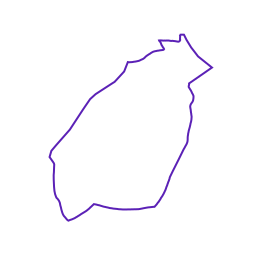 the district of Sirwah, Ma'rib, Yemen, rotated 100°
{"feature_id": "15242507B46939016303647", "entity_name": "Sirwah", "entity_type": "district", "adm_level": 2, "iso_a3": "YEM", "parent_name": "Yemen", "parent_adm1": "Ma'rib", "projection": "equal_earth", "projection_center": [45.022, 15.441], "detail": "fine", "context": "isolated", "style": "outline", "palette": "violet", "viewbox_px": 256, "rotation_deg": 100, "n_neighbors": 0, "source": "geoboundaries", "source_scale": "gbopen_adm2", "svg_char_len": 4116}
<svg xmlns="http://www.w3.org/2000/svg" viewBox="0 0 256 256"><g transform="rotate(100 128 128)"><path d="M63.1,139.6L63.7,139.7L72.0,141.4L73.0,141.6L84.9,149.2L86.5,151.0L91.8,156.7L100.3,165.8L106.1,170.3L114.0,173.9L117.8,175.6L139.7,185.0L157.6,195.9L163.8,199.5L164.7,199.6L170.2,200.2L174.6,195.8L175.7,194.8L176.8,194.3L179.3,194.0L184.3,193.3L187.4,193.0L191.7,192.2L198.8,190.6L202.8,189.5L205.8,188.3L208.1,187.0L209.0,186.4L209.3,186.1L209.8,185.3L210.5,184.5L211.2,183.8L211.5,183.5L212.0,183.1L212.8,182.6L213.6,182.1L214.4,181.8L215.2,181.5L216.0,181.2L216.8,180.8L217.6,180.4L218.5,180.0L219.3,179.7L220.2,179.3L221.0,178.9L221.8,178.5L222.6,178.1L223.3,177.7L224.1,177.2L224.9,176.6L225.6,176.0L226.2,175.3L226.8,174.5L227.4,173.8L228.0,173.1L228.7,172.3L229.2,171.5L229.6,170.6L229.5,170.4L228.9,169.6L228.4,168.7L227.9,167.7L227.4,166.9L226.8,166.0L226.2,165.1L225.4,164.1L224.7,163.4L224.2,162.7L223.5,162.0L222.9,161.3L222.2,160.5L221.5,159.8L220.8,159.1L220.2,158.4L219.5,157.6L218.8,156.8L218.1,156.0L217.3,155.1L216.6,154.4L215.8,153.7L215.1,153.1L214.3,152.4L213.5,151.8L212.7,151.3L211.9,150.6L211.2,150.1L210.4,149.5L209.6,148.9L208.9,148.4L208.9,147.3L208.9,146.1L209.0,144.9L209.1,143.7L209.1,142.7L209.3,141.5L209.4,140.5L209.6,139.1L209.7,137.8L209.7,136.6L209.8,135.5L209.8,134.4L209.9,133.1L210.0,131.9L209.9,130.6L209.9,129.5L209.9,128.2L209.8,127.1L209.7,125.8L209.6,124.6L209.6,123.4L209.5,122.3L209.3,120.8L209.2,119.6L209.0,118.2L208.8,117.1L208.6,116.0L208.4,114.9L208.1,113.6L207.9,112.5L207.7,111.2L207.4,110.1L207.2,108.9L207.0,107.9L206.9,107.4L206.8,106.7L206.5,105.4L206.3,104.3L206.0,103.2L205.7,102.3L205.3,101.3L204.9,100.2L204.4,99.0L204.0,97.9L203.5,96.6L203.1,95.5L202.7,94.4L202.4,93.3L202.1,92.2L201.8,91.2L201.4,89.9L201.1,88.8L201.0,88.2L200.8,88.1L200.0,87.6L199.2,87.1L198.4,86.6L197.6,86.2L196.9,85.9L196.1,85.5L195.4,85.0L194.6,84.7L193.7,84.3L192.8,83.9L192.0,83.6L191.2,83.4L190.4,83.0L189.5,82.6L188.6,82.2L187.9,82.0L186.9,81.6L186.1,81.4L185.2,81.1L184.4,80.9L183.6,80.7L182.7,80.4L181.9,80.3L181.1,80.1L180.2,80.0L179.4,79.9L178.6,79.7L177.8,79.5L177.0,79.4L176.2,79.3L175.3,79.1L174.4,79.0L173.6,78.8L172.7,78.6L171.8,78.5L170.9,78.3L169.8,78.3L169.0,78.2L163.0,76.5L159.0,75.3L150.0,72.6L139.3,69.5L138.3,69.1L137.4,68.8L136.5,68.5L135.6,68.2L134.8,67.9L134.0,67.6L133.1,67.4L132.2,67.2L131.2,67.1L130.3,67.1L129.4,67.2L128.4,67.3L127.6,67.5L126.6,67.6L125.6,67.7L124.8,67.7L124.0,67.7L122.9,67.8L121.9,67.7L120.9,67.7L120.0,67.7L119.1,67.6L118.1,67.5L117.2,67.4L116.2,67.3L115.3,67.3L114.4,67.2L113.6,67.2L112.8,67.2L111.8,67.1L110.8,67.0L109.8,67.0L108.8,67.0L107.9,67.1L106.8,67.2L105.9,67.3L104.9,67.6L104.1,67.9L103.0,68.2L102.0,68.6L101.2,68.8L100.4,69.1L99.5,69.3L98.7,69.6L98.0,69.9L97.8,69.9L96.8,70.3L96.0,70.5L94.9,70.5L93.8,70.3L93.0,70.0L92.2,69.6L91.4,69.2L90.5,68.9L89.7,68.7L88.6,68.7L87.8,68.7L86.7,68.8L85.8,68.9L84.8,69.2L83.9,69.8L83.1,70.4L82.3,71.1L81.6,71.5L80.8,72.1L80.0,72.7L79.4,73.3L78.6,74.0L77.8,74.7L77.1,75.3L76.2,75.5L75.3,75.4L74.3,75.4L73.5,75.6L53.9,55.8L45.3,71.5L41.6,75.5L37.7,79.8L31.0,85.7L26.4,89.1L26.6,90.4L27.0,92.5L28.0,92.7L28.1,92.8L28.9,92.5L29.2,92.5L31.7,92.2L32.1,91.9L32.4,91.9L32.7,92.0L33.1,92.1L33.8,92.6L34.2,93.2L34.3,93.8L34.3,95.0L34.3,96.0L34.3,97.1L34.4,98.1L34.4,99.2L34.8,100.7L34.8,101.8L34.8,103.0L35.0,104.3L35.2,105.3L35.4,106.3L35.6,107.5L35.8,108.5L35.9,109.6L36.0,110.7L36.2,111.8L36.4,112.6L36.6,112.5L37.3,111.6L38.0,110.9L38.8,110.3L39.1,110.2L39.7,109.8L40.4,109.4L41.1,108.7L41.9,108.1L42.5,107.5L43.3,106.7L44.0,106.2L44.8,106.6L45.2,107.5L45.5,108.5L45.8,109.5L46.1,110.4L46.5,111.4L46.8,112.5L47.2,113.4L47.3,113.6L47.6,114.5L48.0,115.4L48.5,116.4L49.1,117.2L49.7,117.9L49.8,118.0L50.4,118.7L51.1,119.3L51.4,119.7L51.7,120.1L52.5,120.9L53.1,121.6L53.8,122.2L54.4,122.8L55.1,123.3L55.9,123.8L56.1,124.0L56.6,124.4L57.0,124.8L57.3,125.1L58.0,126.1L58.5,126.9L59.1,127.7L59.7,128.5L60.2,129.5L60.6,130.5L60.9,131.2L61.0,131.5L61.4,132.5L61.7,133.6L62.1,134.6L62.4,135.5L62.7,136.8L63.0,137.9L63.1,139.2L63.1,139.6Z" fill="none" stroke="#5b21b6" stroke-width="2"/></g></svg>